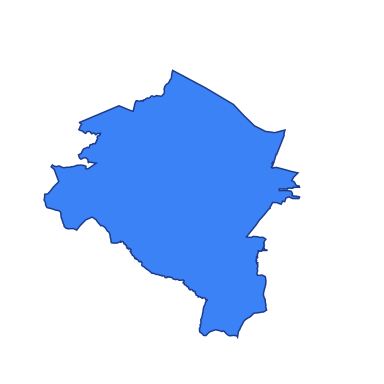 Teisani, Prahova, Romania (Mercator projection), rotated 308°
{"feature_id": "2599482B15804896567497", "entity_name": "Teisani", "entity_type": "district", "adm_level": 2, "iso_a3": "ROU", "parent_name": "Romania", "parent_adm1": "Prahova", "projection": "mercator", "projection_center": [25.998, 45.225], "detail": "fine", "context": "isolated", "style": "filled", "palette": "blue", "viewbox_px": 384, "rotation_deg": 308, "n_neighbors": 0, "source": "geoboundaries", "source_scale": "gbopen_adm2", "svg_char_len": 6004}
<svg xmlns="http://www.w3.org/2000/svg" viewBox="0 0 384 384"><g transform="rotate(308 192 192)"><path d="M196.0,279.9L198.4,279.2L200.1,279.4L200.3,278.9L200.1,276.3L199.5,275.2L197.8,273.2L197.1,271.2L194.7,267.6L192.9,266.8L190.7,263.9L190.2,262.5L206.0,262.8L210.9,262.4L218.4,262.9L225.8,263.0L227.2,263.6L227.6,263.4L228.2,262.6L230.0,262.7L233.3,261.9L236.1,265.7L236.3,267.4L236.8,268.3L237.3,269.8L240.5,269.0L241.4,271.0L245.0,269.8L245.8,270.1L247.9,271.5L248.0,272.3L248.8,275.3L252.6,280.3L254.3,279.9L254.0,278.8L253.0,277.5L253.1,277.2L253.0,276.9L251.5,274.9L251.0,272.8L252.5,272.3L253.7,269.8L252.4,267.2L250.6,264.6L246.8,259.9L248.3,258.9L253.2,265.4L254.1,265.1L257.1,269.2L257.9,268.7L261.9,273.8L262.6,273.0L262.6,272.5L261.6,270.8L261.6,270.1L261.6,269.1L262.7,267.1L262.8,266.4L262.8,265.2L262.3,263.5L266.5,263.0L272.3,263.7L269.4,257.7L267.2,252.3L263.4,243.4L261.1,241.1L260.2,240.6L260.3,239.3L260.9,239.1L261.8,239.5L263.9,238.8L263.2,238.2L263.8,237.4L264.2,237.6L265.3,237.2L265.6,238.3L273.4,235.1L273.6,235.6L292.3,230.1L293.5,229.6L294.9,228.4L298.1,227.1L289.7,220.7L285.0,212.6L282.6,200.5L284.1,186.1L286.5,170.8L282.3,138.2L275.9,101.9L274.0,102.7L268.4,105.9L267.3,105.6L263.6,106.4L260.8,105.5L258.5,105.6L256.4,106.3L253.9,108.6L252.5,109.4L248.6,109.0L245.9,104.4L244.5,104.1L243.6,103.1L243.4,101.8L242.9,101.1L242.3,100.8L239.9,100.6L239.3,100.2L238.6,99.0L237.0,98.2L236.1,98.3L234.6,97.1L233.7,97.5L233.2,97.4L233.1,97.0L233.3,96.6L233.0,96.0L230.8,94.4L230.1,92.4L229.6,91.9L228.4,92.0L225.7,92.9L222.9,94.4L222.0,94.6L219.5,96.0L218.4,93.6L215.0,81.4L177.6,60.5L177.3,61.0L177.6,62.5L177.3,63.4L174.9,63.5L173.4,64.1L171.5,64.4L171.6,65.8L172.7,68.2L172.4,69.4L172.5,71.7L172.6,72.0L173.6,72.2L175.0,72.1L176.5,73.8L176.8,74.8L176.3,75.7L176.2,77.3L177.4,77.5L178.3,79.2L178.3,79.8L177.7,80.3L177.8,80.8L178.2,81.1L179.7,81.4L181.1,82.6L180.9,83.4L181.8,83.8L180.9,84.3L178.7,83.9L177.9,83.2L177.7,83.3L176.5,83.7L176.3,84.4L175.7,85.0L174.6,84.9L174.0,85.0L173.7,85.5L171.9,85.6L170.6,86.1L169.5,84.6L168.7,84.1L168.2,84.3L166.9,82.9L166.2,82.6L163.9,83.6L163.4,83.5L162.7,81.9L161.3,81.4L159.6,80.2L157.6,80.1L154.3,80.9L151.3,79.7L149.6,82.3L149.4,84.0L150.0,84.7L151.3,85.1L153.2,86.4L153.6,87.2L153.5,89.9L151.4,92.0L151.5,92.4L152.1,92.5L152.7,93.1L155.7,98.8L146.5,95.9L145.7,95.3L145.0,94.2L145.1,93.6L146.7,93.0L146.9,92.7L146.6,91.0L145.0,88.1L142.0,84.7L139.5,83.3L137.3,81.1L136.3,80.5L133.6,77.2L132.5,76.5L131.8,75.4L130.7,71.2L128.6,69.6L127.5,67.5L127.3,65.3L125.1,65.5L125.0,69.5L118.1,80.7L110.4,79.7L105.2,79.8L101.7,79.5L99.5,77.3L97.0,79.2L94.7,80.3L94.3,80.9L93.8,82.6L92.2,84.1L91.0,85.9L90.6,86.9L90.7,87.9L92.7,92.4L93.7,95.4L95.3,98.6L95.3,99.9L95.0,101.2L91.6,104.4L91.0,105.0L90.8,105.8L88.2,109.5L87.2,111.5L86.2,112.3L85.9,115.3L86.4,116.0L86.7,117.1L88.0,118.4L90.3,121.4L91.0,124.6L96.0,124.5L104.5,125.4L110.7,128.7L111.1,133.4L110.5,135.2L110.1,137.2L109.8,137.6L109.7,139.3L109.2,140.8L110.0,141.4L110.6,143.7L110.3,144.9L110.4,146.2L109.2,148.9L109.2,151.1L108.4,152.9L107.7,153.8L105.4,156.1L104.6,157.4L103.0,158.8L102.4,159.7L102.9,160.8L104.3,162.8L105.3,163.8L106.0,164.7L107.8,165.5L108.5,166.8L109.2,166.3L109.3,167.0L110.0,167.5L110.4,168.2L109.9,169.6L109.4,170.1L109.6,170.3L109.4,170.8L109.8,171.3L109.3,172.1L109.7,173.2L108.5,174.1L108.4,174.9L107.9,175.3L108.4,175.7L107.9,176.2L108.5,176.7L108.1,177.5L109.0,177.5L109.3,178.4L109.1,179.5L107.0,180.0L107.2,181.0L106.4,181.4L106.4,182.3L105.4,184.0L105.7,185.5L105.1,186.9L104.4,187.8L104.5,188.1L105.2,188.3L105.4,188.7L104.7,189.3L105.2,190.8L105.1,191.5L104.5,193.1L104.6,193.5L105.8,194.3L105.4,195.0L105.7,195.4L105.6,195.9L104.8,196.7L103.7,197.2L103.2,198.0L103.2,199.0L103.6,200.7L103.3,202.0L103.4,202.6L103.2,203.6L103.6,204.5L103.4,205.2L103.6,207.5L103.2,210.1L103.7,210.7L104.0,211.8L104.7,212.7L104.9,214.4L106.1,216.0L106.6,218.0L107.3,219.0L107.3,219.9L108.7,221.6L108.7,222.2L108.1,223.4L108.4,224.2L109.2,225.0L109.9,224.7L110.7,225.4L110.6,226.1L111.1,226.6L111.2,227.2L112.3,228.5L111.9,230.2L112.1,231.4L112.7,232.4L112.8,233.0L114.2,234.1L114.6,236.4L117.3,239.4L117.2,240.3L116.8,240.6L116.4,240.8L115.4,240.6L114.9,240.9L115.3,242.3L114.4,242.9L114.8,245.4L114.4,246.4L114.8,247.8L113.8,249.1L113.7,250.8L114.8,251.5L115.1,252.4L114.7,253.1L114.7,253.8L114.9,255.0L115.5,255.4L114.9,256.4L114.4,256.7L114.3,257.5L113.4,258.5L113.4,259.2L113.8,260.2L113.7,260.8L113.1,261.4L113.2,261.8L114.5,262.6L114.4,264.1L114.6,265.6L115.3,265.5L116.4,267.5L116.4,268.0L116.2,268.5L115.4,269.2L115.4,269.5L116.4,270.0L116.3,270.6L113.3,270.6L111.3,271.6L109.6,271.7L106.8,272.9L104.6,274.3L99.4,276.9L96.9,277.5L93.7,280.2L92.6,280.5L92.3,280.2L91.2,281.4L90.0,281.9L89.3,281.7L86.9,283.7L86.8,284.2L86.5,284.3L86.6,287.4L86.1,289.4L87.5,291.4L91.3,291.7L93.4,292.4L98.0,295.4L99.8,299.3L100.5,301.5L102.1,302.6L101.4,306.7L101.5,309.0L102.0,310.4L104.6,313.0L106.2,315.8L105.7,317.2L110.8,314.4L112.6,314.4L114.9,313.7L121.6,312.5L123.1,312.4L126.8,313.5L129.6,314.7L134.6,315.4L138.3,319.2L140.8,321.3L141.4,322.2L144.9,323.5L147.2,320.4L148.3,320.0L150.8,317.1L152.3,315.9L153.4,313.6L155.0,311.5L157.3,310.1L164.5,307.0L167.6,304.9L170.4,301.9L169.8,298.5L167.7,296.3L166.7,294.8L168.0,293.0L170.0,292.4L171.4,291.2L171.4,290.8L172.0,290.2L172.8,290.2L174.2,289.5L174.9,288.4L175.3,288.4L175.4,287.3L175.9,287.4L175.6,287.0L175.9,286.6L176.4,286.7L176.1,286.2L177.4,285.2L178.5,284.9L177.4,285.0L177.2,284.9L177.4,284.7L179.2,283.9L180.8,284.0L180.9,283.8L180.6,283.8L180.5,283.5L179.7,283.5L179.7,283.2L180.9,282.7L181.5,283.1L182.0,283.1L182.7,282.0L183.8,281.9L186.0,281.0L186.4,280.4L186.7,280.9L186.5,281.5L187.3,282.1L187.8,282.2L187.8,282.6L188.3,283.4L189.0,283.2L189.9,283.7L189.8,284.1L190.3,284.5L190.6,285.3L192.1,287.0L192.4,286.6L191.9,286.3L191.4,284.5L192.1,283.8L192.0,283.1L192.4,282.9L191.4,282.6L194.7,281.7L195.0,280.7L195.8,280.5L195.7,280.2L196.0,279.9Z" fill="#3b82f6" stroke="#1e3a8a" stroke-width="1.5"/></g></svg>